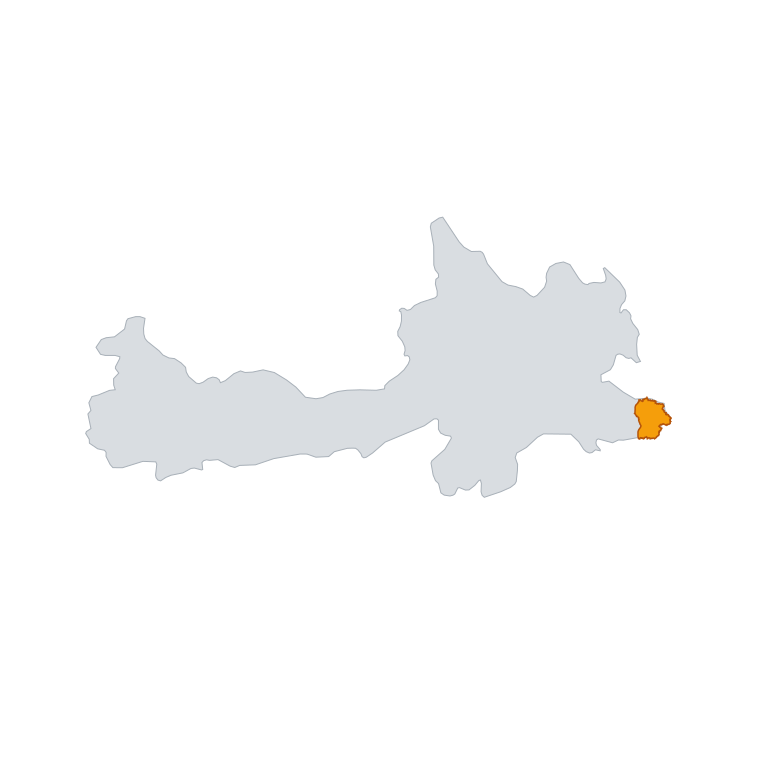 Nhot Ou, Phôngsali, Laos (highlighted), rotated 123°
{"feature_id": "54806243B80696563132814", "entity_name": "Nhot Ou", "entity_type": "district", "adm_level": 2, "iso_a3": "LAO", "parent_name": "Laos", "parent_adm1": "Phôngsali", "projection": "mercator", "projection_center": [101.816, 22.196], "detail": "fine", "context": "in_parent", "style": "filled", "palette": "amber", "viewbox_px": 768, "rotation_deg": 123, "n_neighbors": 0, "source": "geoboundaries", "source_scale": "gbopen_adm2", "svg_char_len": 8885}
<svg xmlns="http://www.w3.org/2000/svg" viewBox="0 0 768 768"><g transform="rotate(123 384 384)"><path d="M282.5,130.6L285.7,136.6L300.7,152.6L303.3,156.9L308.8,160.3L313.4,174.5L315.3,175.3L317.8,174.3L319.7,172.4L321.3,166.9L322.3,166.3L324.0,170.8L328.2,172.2L330.0,174.1L330.6,177.6L330.0,181.1L326.4,189.1L324.3,199.9L339.0,223.1L345.1,226.3L359.7,230.0L369.6,235.1L374.2,233.9L378.6,228.2L383.9,225.0L393.7,220.0L396.6,219.8L402.0,221.7L410.9,227.5L424.4,238.2L423.9,241.1L421.5,243.9L414.3,248.2L412.0,250.9L413.4,251.9L419.4,252.6L426.5,255.0L428.6,257.9L429.8,264.3L431.1,265.5L437.7,264.7L439.7,265.6L442.0,267.7L444.4,273.0L444.3,277.0L437.8,284.0L437.0,288.2L433.6,293.2L424.7,301.5L422.3,302.0L405.7,297.4L392.6,298.0L391.5,299.8L393.7,304.8L394.3,309.8L392.3,313.7L384.7,318.6L384.4,320.7L386.0,323.0L397.0,327.4L432.1,351.4L448.1,356.0L455.1,359.0L456.9,360.7L456.9,362.8L455.0,365.4L453.5,370.1L453.4,372.9L455.1,375.7L457.9,379.7L467.8,388.8L475.0,390.9L482.5,401.3L484.7,410.4L488.4,416.2L506.6,435.8L521.8,447.8L530.9,460.7L535.3,463.7L536.7,468.3L537.8,482.0L543.1,488.8L544.2,491.5L546.5,493.5L549.0,493.9L554.4,489.5L555.4,490.1L557.8,497.3L560.0,499.9L568.1,504.3L576.6,513.0L581.2,516.1L586.9,518.6L587.7,521.3L586.7,524.1L584.9,525.9L575.0,530.9L573.6,533.0L580.2,544.1L596.6,557.7L601.8,565.8L600.7,569.8L596.1,577.7L592.7,579.8L591.8,582.3L594.3,588.8L594.1,598.8L590.9,601.1L588.0,607.2L586.0,607.7L581.0,605.5L570.4,616.0L565.8,615.4L560.5,621.3L553.6,622.1L548.9,617.7L538.8,610.7L535.2,606.3L532.1,610.1L526.8,613.7L519.3,612.4L517.3,617.7L515.8,618.6L506.7,619.5L505.0,620.4L506.5,625.1L511.8,633.2L513.5,637.9L510.1,645.5L500.7,645.3L496.5,642.2L491.2,635.7L479.2,631.5L471.2,634.4L468.7,634.3L462.7,628.9L460.4,625.3L459.1,620.2L468.3,616.0L472.9,612.7L476.0,609.2L477.2,605.6L478.7,590.5L480.1,585.2L479.3,578.6L476.8,573.5L476.8,565.8L478.1,559.5L481.6,556.4L484.1,551.9L485.5,541.8L484.4,539.2L481.0,536.7L475.2,534.4L471.5,531.4L470.0,527.8L470.2,524.6L472.0,521.9L467.6,518.9L457.1,515.5L451.2,511.5L450.0,506.8L445.6,500.7L438.0,493.1L434.1,482.2L433.7,467.9L434.6,456.2L437.9,442.7L433.4,433.0L428.6,427.8L421.9,424.0L415.4,418.6L409.3,411.5L402.0,401.0L393.5,387.1L387.8,380.9L384.9,382.4L378.7,381.1L369.3,377.0L361.1,374.9L354.1,374.6L349.6,375.5L347.5,377.6L347.3,379.7L349.1,381.8L348.1,383.4L344.5,384.5L341.5,386.8L338.2,391.9L335.9,398.6L332.4,401.1L327.1,401.7L321.8,403.6L316.6,406.9L314.2,409.3L314.4,411.0L313.3,411.4L310.8,410.4L309.6,408.2L309.7,404.8L307.1,402.4L301.6,401.2L295.5,397.5L283.7,387.9L281.0,387.5L277.1,390.0L272.1,395.4L267.9,397.5L264.7,396.4L262.1,398.3L260.4,403.2L257.1,407.0L241.3,417.4L227.0,430.7L223.4,431.9L214.8,428.2L212.1,425.6L223.9,398.3L225.7,391.6L225.3,382.9L220.3,375.6L220.1,373.4L220.9,371.2L226.9,362.7L233.9,340.8L233.5,333.9L230.5,326.4L228.8,319.3L230.1,309.6L229.6,305.8L226.3,303.9L215.4,302.0L209.2,303.6L206.2,306.2L202.6,307.9L195.7,308.8L189.3,305.5L183.9,299.9L182.6,293.1L189.3,278.3L191.0,272.6L190.8,269.9L189.6,267.1L188.0,266.8L184.5,263.3L181.1,257.1L178.0,254.3L174.9,254.9L172.2,257.2L167.7,263.0L166.2,262.2L170.2,241.8L174.0,233.1L178.4,229.0L183.1,227.3L188.1,228.0L192.2,227.2L195.6,225.1L195.3,223.9L191.3,223.6L189.8,221.2L190.6,216.9L192.3,214.0L195.0,212.7L197.7,208.3L200.2,200.8L203.3,197.0L206.9,196.9L213.2,193.7L222.0,187.3L225.4,181.2L228.7,184.0L227.5,191.1L229.2,192.6L230.1,195.2L229.6,199.2L230.3,202.5L231.7,204.2L233.6,205.0L243.0,202.1L248.7,201.9L258.1,207.1L263.6,203.2L263.7,201.8L259.1,196.9L260.5,178.8L259.9,165.1L252.2,154.9L250.6,150.8L249.8,144.2L247.7,138.5L253.2,133.9L256.2,125.4L260.0,123.4L261.3,123.7L266.0,130.1L272.0,126.9L276.6,126.9L280.4,128.6L282.5,130.6Z" fill="#d9dde1" stroke="#a8b0b8" stroke-width="1"/><path d="M272.1,157.8L272.1,157.5L272.2,157.4L272.2,157.0L272.5,156.8L272.7,156.5L272.9,156.0L272.9,155.3L273.0,154.9L273.4,154.8L273.7,154.5L273.3,153.8L273.4,153.0L273.7,151.9L274.3,151.8L274.5,151.6L274.5,151.4L274.6,151.1L274.8,151.2L275.0,150.9L275.4,150.9L275.6,150.7L275.8,150.6L277.0,149.1L277.5,148.2L278.3,147.3L278.8,146.1L279.2,145.7L279.9,145.4L280.7,145.3L283.0,145.4L283.8,145.4L285.3,145.1L286.0,144.8L289.7,142.4L289.9,142.2L290.5,141.4L290.7,141.2L291.1,141.0L291.2,140.8L291.2,140.6L291.1,140.4L290.8,140.3L290.9,140.0L290.9,139.9L290.9,139.6L290.6,139.5L290.3,139.7L290.2,139.6L289.6,139.5L289.4,139.6L289.1,139.4L288.9,138.8L289.1,138.7L289.2,138.4L289.0,138.2L288.9,138.2L288.9,137.9L288.6,137.8L288.7,137.5L288.6,137.4L288.5,137.2L288.7,136.7L288.2,136.5L288.2,136.4L287.8,136.4L287.7,136.5L287.6,136.4L287.3,136.4L287.4,136.1L286.9,136.1L286.8,135.9L286.3,135.6L286.1,135.4L285.7,135.3L285.4,135.3L285.4,134.6L285.6,134.2L286.0,134.0L286.1,133.6L286.5,133.3L286.2,133.1L285.9,133.0L285.6,133.2L285.4,133.1L284.8,132.5L284.5,131.7L284.8,131.3L285.0,131.1L284.9,131.0L284.9,130.8L284.5,130.7L284.3,130.3L284.1,130.1L283.9,130.1L283.7,129.9L283.7,129.6L283.6,129.4L283.1,129.1L282.8,128.9L282.6,128.6L282.6,128.4L282.5,128.2L282.4,128.1L282.5,127.9L282.5,127.7L282.6,127.4L282.6,127.2L282.4,127.2L281.9,127.0L281.7,126.9L281.4,126.8L281.2,126.7L280.5,126.5L280.1,126.7L279.5,126.5L279.5,126.4L278.7,126.3L278.4,126.2L277.9,125.7L277.7,125.6L277.4,125.8L276.4,125.8L276.2,125.9L276.3,125.9L276.3,126.1L276.1,126.3L275.9,126.3L275.7,126.5L275.3,126.6L274.9,126.7L275.1,126.9L275.1,127.0L274.2,127.5L274.0,127.4L273.8,127.4L273.6,127.3L273.4,127.5L273.1,127.4L272.5,127.0L272.5,126.7L272.4,126.6L272.1,126.8L271.9,126.8L271.5,126.9L270.9,126.9L270.3,126.8L270.1,126.8L269.8,126.9L269.9,127.4L270.0,127.4L270.2,127.7L270.2,127.8L270.0,128.0L269.9,128.5L270.0,128.6L270.1,128.9L270.0,129.3L269.9,129.5L269.6,129.7L269.7,129.9L269.7,130.0L269.4,130.1L269.5,130.3L269.3,130.3L269.2,130.4L268.7,130.3L268.7,130.0L268.4,130.1L268.2,130.1L267.8,130.0L267.3,130.0L267.2,129.7L266.9,129.4L266.7,129.2L266.8,129.0L266.5,129.0L266.3,128.8L266.3,128.6L266.0,128.6L265.9,128.4L265.6,128.4L265.5,128.2L265.3,128.1L265.4,127.7L265.2,127.6L265.0,126.9L265.0,126.4L265.1,125.7L264.8,125.5L264.8,125.1L264.6,125.2L264.2,125.1L264.1,124.9L264.0,124.7L263.9,124.5L264.1,124.3L264.1,124.1L263.9,124.0L263.4,124.2L263.0,123.7L262.9,123.4L262.7,123.3L262.6,123.0L262.3,122.9L261.7,122.8L261.7,122.7L261.3,122.5L260.8,123.0L260.0,123.1L259.9,123.2L259.4,123.1L259.5,123.6L259.4,123.8L259.2,124.2L258.9,124.3L258.6,124.1L258.2,124.4L258.2,124.6L258.1,124.8L257.8,124.6L257.6,124.7L257.4,124.8L257.0,124.7L256.8,124.5L256.2,124.6L256.1,124.8L256.4,125.2L256.5,125.5L256.0,125.8L256.0,126.1L255.8,126.3L255.9,126.7L255.7,127.3L255.6,127.6L255.8,127.7L255.8,128.0L255.5,128.2L255.3,128.2L254.7,128.5L254.8,128.5L255.0,128.8L255.0,129.2L255.2,129.7L255.5,129.9L255.6,130.2L256.0,130.4L256.0,130.7L256.1,130.9L256.1,131.0L255.5,131.5L255.2,131.5L254.9,131.4L254.8,131.5L254.8,131.8L254.5,131.9L254.7,132.3L254.8,132.3L254.8,132.8L255.0,133.3L254.6,134.0L254.3,134.2L254.2,134.5L253.9,134.5L253.9,134.9L253.7,135.1L253.7,135.3L253.5,135.6L253.6,135.8L253.6,136.0L253.7,136.4L253.4,137.1L252.9,137.1L252.6,137.0L252.4,137.1L252.1,137.3L251.8,137.4L251.6,137.5L251.4,137.3L251.1,137.3L250.9,137.2L250.7,137.2L250.2,137.1L250.1,137.3L250.0,137.6L250.0,137.8L249.8,137.9L249.8,138.0L249.4,138.3L249.4,138.5L249.1,138.9L249.1,139.1L249.3,139.3L249.3,139.5L249.1,139.7L249.2,139.9L249.3,140.0L249.6,140.3L249.9,140.5L250.1,140.7L250.3,141.0L250.3,141.4L250.3,141.5L250.3,141.9L250.7,142.3L250.7,142.6L251.4,142.8L251.5,143.0L251.5,143.3L251.3,143.5L251.4,143.8L251.7,144.1L251.9,144.1L252.0,144.3L252.2,144.5L251.8,145.1L251.9,145.8L252.1,145.9L252.1,146.0L252.3,146.1L252.2,146.2L251.8,146.3L251.4,146.1L251.1,146.3L250.9,146.3L250.7,146.3L250.5,146.5L250.6,146.8L250.5,147.0L250.7,147.3L250.7,147.6L250.7,147.8L251.2,147.8L251.4,148.4L251.2,148.6L251.5,148.8L251.7,149.0L251.8,149.3L251.7,149.4L251.7,149.9L251.6,150.0L252.3,150.3L252.3,150.6L252.6,150.9L252.6,151.0L252.8,151.3L252.9,151.6L252.6,151.9L252.9,152.0L252.9,152.4L253.0,152.4L253.0,152.6L253.5,153.0L253.9,153.5L253.5,153.9L253.2,153.9L253.1,154.1L253.1,154.3L253.0,154.5L252.9,154.9L253.0,155.0L252.9,155.2L253.0,155.5L252.7,155.8L252.2,155.9L252.1,156.1L252.7,156.0L253.4,156.2L253.7,156.9L253.9,157.1L254.1,157.1L254.5,157.1L254.9,157.2L255.1,157.2L255.2,157.3L255.2,157.6L255.3,157.9L255.7,158.1L255.9,158.2L255.9,158.4L256.0,158.5L256.2,158.4L256.3,158.3L256.5,158.2L256.5,157.9L256.9,157.8L257.1,157.5L257.3,157.5L257.7,157.6L257.7,158.0L257.8,158.2L257.8,158.3L257.9,158.7L258.1,158.9L258.1,159.0L257.8,159.6L257.8,159.9L257.6,160.0L257.6,160.3L257.7,160.5L258.1,160.8L258.1,161.0L258.6,161.6L258.8,161.5L259.0,160.9L259.7,160.6L260.0,160.8L260.5,160.8L260.8,161.0L261.0,161.0L261.2,160.7L261.4,160.7L263.6,161.1L264.0,161.3L264.2,161.2L265.3,161.2L266.8,160.7L268.7,159.4L269.0,159.3L271.7,157.7L272.1,157.8Z" fill="#f59e0b" stroke="#b45309" stroke-width="1.5"/></g></svg>